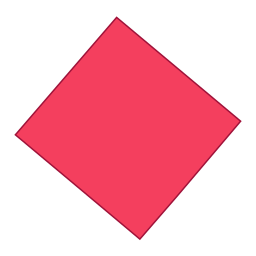 outline of Ellis, Kansas, United States of America, rotated 40°
{"feature_id": "52423323B59863031323123", "entity_name": "Ellis", "entity_type": "district", "adm_level": 2, "iso_a3": "USA", "parent_name": "United States of America", "parent_adm1": "Kansas", "projection": "robinson", "projection_center": [-99.256, 38.915], "detail": "fine", "context": "isolated", "style": "filled", "palette": "rose", "viewbox_px": 256, "rotation_deg": 40, "n_neighbors": 0, "source": "geoboundaries", "source_scale": "gbopen_adm2", "svg_char_len": 284}
<svg xmlns="http://www.w3.org/2000/svg" viewBox="0 0 256 256"><g transform="rotate(40 128 128)"><path d="M208.5,205.5L209.4,148.9L209.9,50.4L206.9,50.4L48.2,50.6L46.1,205.6L50.0,205.6L127.3,205.5L146.8,205.5L208.5,205.5Z" fill="#f43f5e" stroke="#9f1239" stroke-width="1.5"/></g></svg>